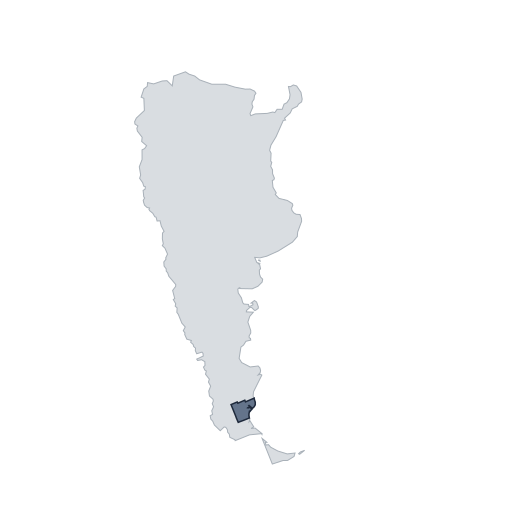 Corpen Aike, Santa Cruz, Argentina shown in context, rotated 338°
{"feature_id": "61730980B24902089769894", "entity_name": "Corpen Aike", "entity_type": "district", "adm_level": 2, "iso_a3": "ARG", "parent_name": "Argentina", "parent_adm1": "Santa Cruz", "projection": "orthographic", "projection_center": [-68.391, -49.985], "detail": "fine", "context": "in_parent", "style": "filled", "palette": "slate", "viewbox_px": 512, "rotation_deg": 338, "n_neighbors": 0, "source": "geoboundaries", "source_scale": "gbopen_adm2", "svg_char_len": 5994}
<svg xmlns="http://www.w3.org/2000/svg" viewBox="0 0 512 512"><g transform="rotate(338 256 256)"><path d="M311.4,158.8L308.2,163.1L308.5,166.3L305.2,173.5L305.7,175.1L303.2,178.4L303.6,182.3L302.2,185.9L302.2,190.7L301.2,192.0L299.4,192.1L297.5,198.6L298.4,205.1L296.9,206.2L298.9,211.2L305.9,216.3L309.3,221.0L309.2,222.7L306.9,225.0L306.4,227.1L307.2,230.2L308.9,232.4L312.3,234.0L312.2,238.3L311.3,240.9L303.6,249.4L301.6,253.4L295.0,256.8L278.5,259.7L266.0,260.2L258.9,259.2L254.3,256.8L254.3,262.3L256.5,264.1L255.3,264.1L256.2,265.2L255.4,269.6L253.8,270.3L252.5,274.0L252.3,277.2L253.5,280.0L251.9,282.5L246.4,284.8L240.2,285.0L228.7,280.1L229.2,279.4L228.6,279.1L226.7,279.9L225.7,283.6L226.8,289.4L226.2,294.3L226.8,296.0L230.9,298.1L230.5,300.1L231.9,300.4L234.9,300.1L235.3,298.5L233.8,297.8L237.9,296.7L239.3,298.9L239.1,304.1L238.4,305.4L235.2,306.2L234.3,305.9L232.7,302.2L231.2,301.3L226.7,303.0L226.1,304.2L232.5,307.1L227.6,309.6L223.7,314.2L223.2,323.0L222.3,325.4L219.6,327.6L219.1,329.3L220.0,330.3L219.6,332.0L214.7,331.3L211.1,333.9L207.9,334.8L202.0,344.6L202.8,349.5L209.0,356.7L216.8,358.8L217.7,361.2L217.3,364.0L216.3,365.6L213.4,367.1L215.8,367.2L216.8,368.6L202.8,381.0L200.9,384.7L200.1,392.4L199.0,393.9L196.2,395.4L194.4,393.8L192.9,391.0L193.0,393.3L190.4,394.2L193.5,394.2L194.9,396.1L190.7,398.9L189.6,401.5L189.1,405.0L187.5,407.1L188.7,406.6L189.9,413.5L186.8,414.1L190.7,415.2L195.1,423.1L194.7,423.7L194.6,422.8L183.0,419.4L167.5,419.4L167.6,418.4L163.8,414.3L164.5,411.2L163.7,408.7L164.4,406.3L163.8,403.5L162.4,402.6L157.4,404.6L154.1,397.1L154.0,392.9L153.0,390.3L153.7,386.9L156.4,386.6L157.0,382.9L160.2,379.9L160.1,376.5L162.1,374.5L162.5,372.7L160.4,368.4L161.6,363.5L165.2,359.7L164.7,355.1L166.6,352.7L164.9,346.7L166.9,344.0L165.8,342.6L165.7,339.3L167.7,338.4L169.0,334.8L166.7,331.8L162.7,331.0L162.4,329.4L169.6,329.0L170.4,326.4L169.9,324.9L164.4,324.4L164.3,321.0L165.4,318.7L164.3,316.6L164.6,314.5L163.1,311.5L164.4,310.1L160.7,307.2L160.5,302.1L161.3,300.7L160.6,298.0L163.8,295.3L162.1,290.5L162.1,281.0L161.5,278.6L163.4,274.6L162.3,272.2L163.7,270.2L163.0,265.4L164.7,265.0L165.8,256.7L170.1,254.1L170.9,252.4L167.6,242.2L167.8,238.3L167.1,236.5L167.9,234.2L167.0,230.9L168.3,227.0L171.3,225.3L171.6,223.9L174.7,221.1L174.5,214.6L173.0,211.3L174.6,210.0L175.6,205.0L177.9,199.7L180.0,198.7L179.4,192.8L180.2,187.4L177.4,186.5L177.9,182.6L176.9,181.7L176.3,177.7L174.4,174.2L174.2,172.6L175.3,171.6L173.2,170.3L171.7,167.1L171.9,164.1L172.3,162.1L174.5,160.5L174.1,159.1L175.9,152.9L178.2,152.5L179.4,150.3L178.1,149.2L178.4,145.6L177.2,140.4L179.4,137.7L181.2,129.6L186.5,123.9L190.1,114.9L192.9,114.7L195.9,112.8L192.9,107.0L194.9,103.3L192.8,95.7L193.4,92.9L195.2,91.2L193.2,88.3L193.8,86.0L196.7,83.3L207.0,79.3L211.1,67.8L209.0,65.7L214.6,59.1L218.7,58.0L220.4,54.6L225.6,58.1L234.6,58.6L239.1,60.1L242.1,66.9L247.1,58.3L259.6,58.8L262.0,62.3L266.6,66.2L269.6,71.5L279.4,80.2L292.2,85.4L299.8,91.6L308.6,97.3L313.1,99.0L316.4,102.6L316.9,105.1L314.7,106.6L312.9,109.9L310.3,111.6L309.1,113.7L309.0,116.6L303.8,121.7L303.7,123.9L308.6,124.0L319.9,128.0L325.5,128.8L327.2,130.1L330.5,127.9L335.2,129.8L338.9,125.7L342.1,125.4L345.9,122.8L348.0,119.2L349.6,111.0L351.4,111.9L354.7,111.4L357.4,113.6L359.0,121.1L357.6,127.8L356.0,130.2L352.3,131.1L350.3,132.7L344.7,133.1L341.3,136.2L334.1,138.9L334.3,141.0L332.1,140.5L319.3,152.9L311.4,158.8ZM193.2,455.0L193.3,427.4L196.3,432.8L194.8,432.4L194.4,435.0L196.9,435.6L198.0,438.8L203.2,445.0L210.8,451.2L218.4,453.3L216.2,456.1L208.7,457.4L204.3,455.7L193.2,455.0ZM221.4,455.3L223.8,454.3L228.3,454.4L222.2,456.2L221.4,455.3ZM258.1,261.3L257.9,262.4L256.4,260.5L258.1,261.3Z" fill="#d9dde1" stroke="#a8b0b8" stroke-width="1"/><path d="M177.2,384.4L177.2,397.0L177.1,399.0L177.2,403.6L179.2,403.6L182.6,403.7L189.2,403.7L189.2,403.4L189.2,403.2L189.3,403.0L189.3,402.9L189.3,402.7L189.4,402.4L189.5,402.2L189.6,401.8L189.6,401.7L189.6,401.4L189.7,401.2L189.8,400.9L189.9,400.7L190.0,400.5L190.0,400.4L190.1,400.2L190.3,399.9L190.4,399.6L190.5,399.4L190.6,399.2L190.8,399.0L190.9,398.9L191.0,398.7L191.2,398.4L191.2,398.5L191.3,398.4L191.2,398.4L191.3,398.2L191.5,398.1L191.8,398.0L191.9,397.9L192.0,397.8L192.1,397.7L192.3,397.7L192.5,397.7L192.8,397.5L192.9,397.4L193.0,397.4L193.2,397.2L193.5,397.1L193.9,396.9L194.0,396.9L194.5,396.7L195.0,396.4L195.4,396.2L195.4,395.9L195.2,395.7L195.1,395.8L195.1,395.7L194.9,395.5L194.7,395.5L194.6,395.4L194.4,395.3L194.3,395.2L194.2,395.0L194.3,395.0L194.3,394.9L194.2,394.9L194.2,394.7L194.2,394.4L194.1,394.2L193.9,394.1L193.8,393.9L193.7,393.8L193.6,393.7L193.4,393.8L193.2,393.9L193.1,394.0L192.9,394.0L192.6,393.9L192.4,393.9L192.2,393.8L191.9,393.8L191.7,393.9L191.4,393.7L191.2,393.8L191.0,394.0L190.9,394.1L191.0,394.0L191.0,393.9L191.2,393.7L191.3,393.7L191.5,393.7L191.8,393.7L192.1,393.7L192.4,393.7L192.5,393.7L192.8,393.7L193.0,393.7L193.3,393.4L193.5,393.3L193.7,393.2L193.6,392.9L193.5,392.7L193.4,392.3L193.4,392.2L193.2,391.9L193.3,391.8L193.2,391.7L193.2,391.4L193.2,391.5L193.3,391.6L193.4,391.9L193.4,392.0L193.5,392.0L193.6,392.3L193.8,392.5L193.8,392.8L193.9,393.0L194.0,393.2L194.0,393.3L194.3,393.4L194.3,393.5L194.5,393.8L194.6,394.0L194.7,394.3L194.7,394.5L194.9,394.7L194.9,394.8L195.0,394.9L195.0,395.0L195.3,395.2L195.4,395.3L195.4,395.5L195.6,395.6L195.9,395.6L196.0,395.6L196.4,395.6L196.7,395.6L197.0,395.5L197.1,395.4L197.5,395.2L197.8,395.1L198.0,395.0L198.2,394.8L198.4,394.7L198.5,394.5L198.6,394.4L199.0,394.2L199.4,393.8L199.5,393.7L199.6,393.4L199.8,393.2L199.9,392.8L200.0,392.6L200.1,392.3L200.2,392.2L200.3,392.0L200.3,391.9L200.4,391.7L200.5,391.4L200.5,391.2L200.6,390.9L200.6,390.7L200.6,390.4L200.6,390.2L200.6,389.9L200.6,389.7L200.7,389.4L200.7,389.1L200.7,388.9L200.7,388.6L200.8,388.4L200.8,388.2L200.9,387.9L200.9,387.7L200.9,387.3L201.0,387.1L192.7,387.3L191.6,387.3L191.6,385.5L184.0,385.7L183.9,384.3L178.3,384.4L177.2,384.4Z" fill="#64748b" stroke="#1e293b" stroke-width="1.5"/></g></svg>